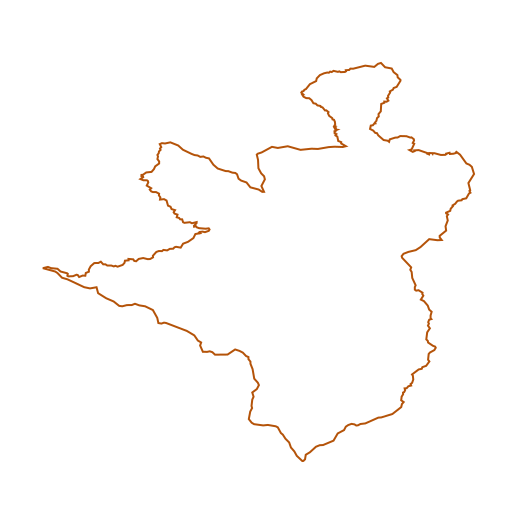 outline of El Dovio, Valle del Cauca, Colombia, rotated 274°
{"feature_id": "7082276B38814266492224", "entity_name": "El Dovio", "entity_type": "district", "adm_level": 2, "iso_a3": "COL", "parent_name": "Colombia", "parent_adm1": "Valle del Cauca", "projection": "equal_earth", "projection_center": [-76.261, 4.561], "detail": "fine", "context": "isolated", "style": "outline", "palette": "amber", "viewbox_px": 512, "rotation_deg": 274, "n_neighbors": 0, "source": "geoboundaries", "source_scale": "gbopen_adm2", "svg_char_len": 6105}
<svg xmlns="http://www.w3.org/2000/svg" viewBox="0 0 512 512"><g transform="rotate(274 256 256)"><path d="M284.9,440.1L287.3,438.0L288.9,437.8L294.6,443.9L298.9,443.0L304.8,444.8L309.0,443.6L310.8,444.7L311.8,442.7L312.5,442.6L314.6,446.6L316.7,446.9L319.5,449.0L320.2,448.6L322.0,451.1L324.3,452.6L325.3,453.8L325.9,457.2L327.1,457.9L328.2,461.7L333.2,464.1L334.1,465.5L335.8,464.4L336.5,465.1L343.6,462.8L353.0,467.8L360.0,465.1L361.9,462.6L363.0,459.4L371.3,452.5L374.4,447.8L373.7,448.7L372.8,448.5L371.8,445.8L371.3,442.3L372.5,441.9L371.4,438.6L370.9,438.8L370.1,437.7L369.7,433.4L371.0,426.8L370.9,425.1L370.4,425.0L370.9,424.6L370.8,421.7L369.4,421.6L370.0,419.7L370.6,419.8L373.0,410.9L372.4,406.6L371.7,406.9L370.8,405.1L372.4,401.7L373.2,403.8L379.0,406.0L379.7,404.5L382.2,405.6L383.5,405.3L385.2,402.8L384.9,401.6L386.0,397.7L385.7,391.5L384.1,389.0L383.8,386.6L381.7,381.3L379.2,380.8L380.2,379.3L380.6,375.2L384.9,369.5L387.0,368.1L387.1,366.4L389.3,364.2L390.7,360.9L394.1,361.4L394.6,363.5L396.3,364.7L396.6,365.8L397.3,365.3L399.3,366.7L402.0,367.1L403.7,368.7L406.1,368.3L409.0,370.4L416.4,370.3L417.8,373.3L419.0,373.2L419.0,375.5L420.2,377.2L422.4,375.6L423.4,376.9L424.9,376.5L428.4,378.4L429.5,378.0L431.5,381.0L433.2,381.6L434.5,384.5L440.9,387.9L441.8,387.8L444.1,384.9L446.4,384.4L449.0,380.5L452.5,378.3L453.3,371.6L457.3,367.2L456.2,364.3L452.9,360.8L453.5,351.7L449.6,339.8L449.5,337.1L448.1,336.0L447.6,332.6L446.5,332.9L445.8,331.9L445.3,327.7L446.0,326.2L445.4,324.9L446.1,320.4L444.8,318.7L445.1,317.1L443.9,315.9L444.0,314.3L443.0,311.1L440.9,307.1L437.4,304.2L434.7,303.8L431.2,297.8L426.0,294.2L425.2,292.7L423.8,291.9L423.2,290.3L422.1,289.8L420.4,291.9L420.1,290.9L418.2,292.3L417.0,295.1L417.1,298.1L415.4,300.5L412.4,302.6L412.1,305.0L410.5,306.8L410.2,309.8L409.3,310.2L408.9,312.0L406.0,314.7L406.2,316.0L404.6,318.3L403.4,317.8L400.9,319.2L398.9,322.4L397.6,322.8L397.3,324.3L395.5,325.3L392.9,325.8L391.4,325.1L391.0,326.1L390.2,324.8L388.7,325.8L389.5,326.3L389.2,326.8L387.7,326.5L387.6,328.1L386.7,326.5L385.9,326.6L385.8,325.6L383.8,325.9L383.2,327.7L381.8,326.9L380.8,328.8L376.5,330.0L375.5,333.1L374.2,333.1L371.8,338.0L370.8,335.0L370.5,326.7L369.7,320.9L367.1,310.3L366.9,303.9L365.0,293.0L367.7,280.0L365.3,270.2L366.0,264.3L359.7,254.4L358.2,250.7L357.2,249.7L352.1,251.3L343.7,252.3L338.8,255.4L336.1,258.5L333.1,259.5L326.2,256.5L320.6,259.5L320.4,257.8L322.5,254.0L324.1,245.6L328.7,241.4L330.2,235.9L331.9,233.2L336.2,231.4L337.4,229.6L337.5,226.6L338.7,222.5L338.6,219.8L340.6,211.7L344.1,207.1L350.1,202.3L350.5,199.2L351.6,196.6L351.0,193.5L352.2,190.8L352.4,187.6L353.4,184.5L356.9,175.7L360.8,170.7L363.4,162.6L361.9,157.4L362.0,154.3L360.9,152.2L358.0,153.9L356.5,152.7L355.2,153.4L353.5,151.9L351.8,151.8L349.9,150.6L348.5,151.3L345.8,150.9L343.6,152.8L341.5,152.9L338.4,149.2L335.5,148.1L332.6,145.9L331.7,140.7L329.1,137.5L328.9,136.1L327.7,136.1L327.3,137.8L326.8,138.0L324.7,135.3L323.7,138.4L323.9,141.9L323.3,142.9L321.9,143.4L318.6,142.1L316.3,146.7L314.8,145.4L313.1,147.0L312.6,148.7L312.8,151.8L311.4,155.0L309.7,154.9L307.8,156.5L305.6,156.3L306.3,160.3L305.1,162.9L300.1,164.7L299.2,167.3L296.9,168.5L296.1,172.0L293.9,170.8L292.6,171.8L291.8,174.8L289.1,174.2L288.6,176.6L287.3,177.8L287.4,179.8L284.6,180.9L284.1,182.3L285.1,187.7L284.2,189.8L285.7,194.4L284.6,194.4L281.8,192.0L280.9,192.2L281.5,194.0L280.5,194.9L279.8,197.2L279.7,203.9L280.3,206.9L279.2,207.8L277.8,207.1L276.2,203.4L276.6,201.0L276.0,198.1L274.8,196.9L274.6,197.5L275.4,197.8L274.8,198.6L273.7,194.0L269.5,192.3L265.4,187.2L263.2,182.4L259.1,180.3L259.6,175.6L259.0,174.1L257.5,172.9L257.1,169.5L255.4,167.0L255.6,163.2L254.3,161.9L254.2,158.8L253.1,156.3L249.0,153.1L247.5,153.4L245.6,150.6L245.3,148.2L246.1,143.6L244.9,139.2L242.4,136.8L242.6,134.9L244.1,133.8L244.2,129.0L242.8,129.2L242.2,125.6L240.0,125.3L237.8,123.6L235.7,118.7L236.4,116.4L235.7,114.9L236.4,112.3L236.1,108.3L237.2,106.4L237.0,104.2L239.5,101.6L238.0,99.2L237.7,95.2L234.3,91.8L230.8,90.2L228.7,90.4L227.2,87.4L224.4,87.1L224.4,84.5L222.7,81.0L224.6,79.5L224.8,78.3L223.1,74.9L222.6,70.2L223.1,69.2L225.1,69.5L225.6,68.8L226.9,62.1L229.4,58.9L229.6,52.3L230.6,49.2L229.0,44.2L226.5,56.8L225.2,59.1L220.8,64.0L219.6,69.5L212.9,86.8L212.1,92.7L213.7,99.1L207.9,101.1L203.4,109.5L200.7,117.2L196.7,123.0L196.5,126.1L198.0,130.6L198.4,135.5L199.9,138.6L198.6,143.1L198.1,148.9L194.9,156.9L187.4,161.8L182.3,163.3L182.0,166.4L183.1,168.9L182.9,171.0L176.4,192.3L172.5,200.0L167.6,203.9L165.9,207.3L162.8,206.5L156.7,209.7L157.0,214.1L157.7,216.5L157.0,219.2L154.7,222.0L155.7,234.5L161.3,241.7L160.2,246.1L158.7,249.6L155.5,253.1L154.7,255.5L152.5,255.7L150.3,257.8L148.1,258.0L142.9,260.5L133.5,262.8L129.7,266.7L127.4,267.9L123.3,266.1L119.6,261.8L115.4,263.4L112.5,262.3L106.1,262.0L104.0,262.7L100.4,261.1L92.8,260.2L89.4,263.3L88.1,265.8L87.5,275.0L88.3,279.6L87.5,287.6L86.6,289.7L81.1,293.2L79.7,295.2L75.8,298.1L72.3,302.1L67.4,304.2L63.7,307.9L59.5,310.6L54.7,316.5L54.9,317.6L56.6,319.1L61.2,319.5L64.0,323.5L69.9,329.1L71.7,332.8L72.1,336.1L77.2,346.2L84.7,349.9L88.5,356.0L92.0,357.5L93.8,359.8L95.2,363.0L94.9,366.0L93.9,367.8L94.2,369.5L95.7,371.9L96.6,376.7L103.3,389.3L103.7,392.2L107.9,403.1L115.4,411.4L118.5,411.9L120.6,413.5L122.2,410.9L125.9,411.1L128.3,412.4L130.0,412.2L130.6,413.3L132.4,414.1L134.3,413.5L134.6,415.5L136.7,417.1L137.6,419.8L139.0,419.1L140.4,420.6L143.8,421.5L147.6,420.8L148.7,419.9L154.2,426.2L155.0,429.2L156.7,429.7L158.3,433.4L162.9,436.3L164.5,434.9L170.3,435.1L171.9,436.3L174.6,440.5L177.0,441.7L178.1,441.0L178.8,438.7L181.7,433.7L183.3,433.3L184.7,431.7L191.8,432.1L196.0,434.5L198.5,432.4L200.6,433.2L202.0,432.4L204.5,433.2L205.3,435.3L206.1,434.5L208.8,434.3L212.6,435.1L214.6,432.5L218.5,430.8L222.7,426.7L224.0,423.5L228.1,425.7L229.7,424.5L231.0,424.7L233.2,420.5L232.6,418.2L233.5,416.8L236.0,416.6L237.9,417.3L245.0,413.4L250.9,412.4L253.0,410.9L255.5,411.6L264.4,401.9L266.0,401.3L268.5,403.0L270.7,407.7L273.0,415.0L276.4,419.5L284.9,427.6L284.4,435.9L284.9,440.1Z" fill="none" stroke="#b45309" stroke-width="2"/></g></svg>